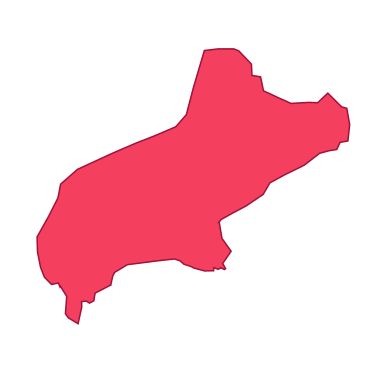 Bokomu, Gbapolu, Liberia, rotated 9°
{"feature_id": "62588387B58325877345443", "entity_name": "Bokomu", "entity_type": "district", "adm_level": 2, "iso_a3": "LBR", "parent_name": "Liberia", "parent_adm1": "Gbapolu", "projection": "robinson", "projection_center": [-10.158, 7.228], "detail": "fine", "context": "isolated", "style": "filled", "palette": "rose", "viewbox_px": 384, "rotation_deg": 9, "n_neighbors": 0, "source": "geoboundaries", "source_scale": "gbopen_adm2", "svg_char_len": 1447}
<svg xmlns="http://www.w3.org/2000/svg" viewBox="0 0 384 384"><g transform="rotate(9 192 192)"><path d="M182.1,50.3L177.1,88.2L174.3,116.5L166.3,129.3L165.6,130.2L148.4,141.0L145.2,143.0L129.8,152.0L116.4,160.4L114.2,161.8L105.3,167.5L86.3,180.2L75.3,187.6L61.0,204.8L60.7,214.4L60.5,218.8L59.3,222.6L54.6,237.1L54.4,237.9L46.0,260.6L48.8,275.5L51.5,282.8L54.2,290.1L59.6,299.3L67.7,305.3L74.2,302.8L76.5,306.5L76.8,305.7L84.6,314.8L86.0,332.0L89.6,335.7L100.1,339.9L101.1,322.8L100.1,317.5L104.8,316.3L108.1,317.8L112.1,314.8L112.1,307.1L125.7,297.0L125.9,296.8L126.3,296.8L126.9,287.0L127.9,284.4L127.9,283.8L128.2,283.5L139.5,273.9L162.9,267.1L164.0,266.7L185.1,260.9L190.8,261.8L195.3,264.6L203.0,265.8L205.5,266.8L206.2,266.9L206.4,266.9L215.2,267.8L216.6,268.0L225.7,266.4L225.5,263.8L225.5,263.2L229.8,264.3L232.5,262.4L236.2,263.5L237.2,262.4L233.5,257.8L239.6,245.1L239.9,244.4L230.0,234.3L228.8,233.0L223.7,217.8L223.2,217.9L225.2,214.5L235.8,206.2L245.9,198.6L247.3,197.6L262.7,183.2L267.5,170.8L274.5,165.4L280.3,160.9L283.4,158.7L296.1,149.8L298.8,147.8L307.2,138.9L312.0,133.8L321.2,129.7L328.3,127.4L330.5,119.8L338.0,117.2L337.4,105.3L337.2,100.7L336.2,97.9L331.8,85.1L326.5,84.5L323.3,82.2L310.7,73.1L302.1,84.2L293.4,85.2L276.0,89.0L261.1,85.0L254.4,83.0L246.8,80.9L244.5,74.9L241.7,67.5L233.0,67.5L231.8,61.6L230.7,56.4L216.1,45.3L211.0,44.1L195.3,46.6L182.1,50.3Z" fill="#f43f5e" stroke="#9f1239" stroke-width="1.5"/></g></svg>